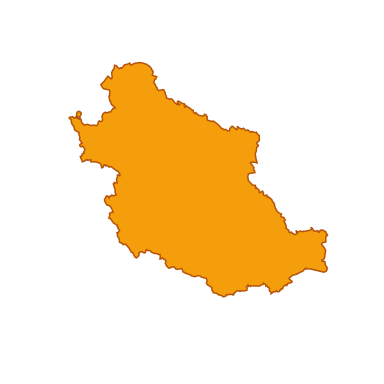 the district of Tsaratanana, Betsiboka, Madagascar, rotated 140°
{"feature_id": "10022922B96360954496738", "entity_name": "Tsaratanana", "entity_type": "district", "adm_level": 2, "iso_a3": "MDG", "parent_name": "Madagascar", "parent_adm1": "Betsiboka", "projection": "robinson", "projection_center": [47.615, -17.138], "detail": "fine", "context": "isolated", "style": "filled", "palette": "amber", "viewbox_px": 384, "rotation_deg": 140, "n_neighbors": 0, "source": "geoboundaries", "source_scale": "gbopen_adm2", "svg_char_len": 6050}
<svg xmlns="http://www.w3.org/2000/svg" viewBox="0 0 384 384"><g transform="rotate(140 192 192)"><path d="M166.7,333.0L168.1,333.0L168.7,334.2L168.8,337.3L169.8,338.9L172.8,336.3L174.0,336.4L176.7,335.2L179.8,330.7L181.3,330.7L181.9,334.8L188.0,333.3L192.9,332.8L193.4,329.8L193.3,327.8L189.7,323.2L190.6,321.4L192.2,320.1L193.0,318.7L194.0,318.8L196.4,314.7L196.7,312.0L197.3,311.4L197.4,310.4L196.6,306.9L196.9,305.8L198.8,306.9L203.0,305.6L204.2,306.7L206.5,307.3L207.1,308.9L209.6,309.2L212.0,308.1L214.5,304.4L215.4,304.0L216.6,304.6L217.3,306.1L218.7,305.9L219.9,304.9L222.3,304.0L224.3,306.5L226.5,307.6L228.6,311.1L231.5,312.6L231.8,316.3L230.3,319.2L230.9,319.8L229.6,321.6L226.4,323.2L226.0,324.4L226.6,326.4L228.3,327.0L229.4,326.6L231.5,324.6L231.7,323.7L230.2,321.9L231.3,320.0L233.0,323.4L233.0,324.2L234.5,324.2L235.2,326.6L236.1,326.7L236.6,327.4L237.7,327.9L238.6,327.6L238.2,324.7L239.5,323.1L240.2,321.5L240.5,318.0L241.9,315.3L241.8,314.0L240.3,310.3L241.6,309.0L242.5,306.3L244.5,304.4L244.7,300.2L247.0,300.4L248.0,300.0L248.3,299.2L247.8,297.8L246.2,297.5L246.6,293.5L249.2,292.1L249.7,291.1L251.2,291.8L253.5,290.4L254.7,291.0L255.6,289.2L255.9,286.6L256.6,285.6L254.3,284.7L252.0,284.5L251.4,284.1L251.5,283.3L249.5,282.3L249.0,281.6L250.0,280.9L249.9,279.8L248.3,278.8L246.1,276.5L244.3,273.8L244.0,271.7L245.6,268.5L244.3,268.1L242.5,269.2L241.6,269.2L241.2,268.5L241.4,267.4L240.1,267.0L239.4,264.2L237.7,263.6L236.2,257.1L235.3,254.9L235.9,251.6L236.8,250.9L237.6,252.7L238.3,252.9L240.1,250.8L241.6,250.4L243.4,247.2L244.4,248.1L245.3,248.1L245.4,249.1L246.0,248.5L247.1,248.8L249.6,242.7L250.9,241.6L251.8,238.6L253.4,238.8L253.9,239.7L255.0,240.0L255.5,241.3L257.0,241.1L258.2,241.8L259.4,240.8L259.3,243.2L260.2,244.0L264.1,242.3L264.8,240.9L265.6,236.8L264.4,235.2L263.8,233.1L264.8,228.7L265.6,227.3L266.7,228.3L269.1,228.6L269.7,227.2L272.5,225.4L271.7,224.1L272.0,218.2L270.5,214.3L271.6,213.5L271.4,212.0L272.1,211.5L272.2,209.0L274.3,208.5L275.8,209.0L276.1,207.5L277.5,206.4L277.9,202.8L279.8,200.2L278.2,196.5L278.6,196.0L276.4,194.6L276.3,189.5L277.2,184.8L276.3,183.7L277.5,179.0L277.1,177.3L275.0,177.1L273.0,177.8L271.8,179.4L270.2,179.5L268.7,178.3L268.0,176.4L267.1,175.5L264.0,177.1L263.5,175.6L261.8,174.2L261.9,172.2L260.2,168.9L258.8,167.7L257.9,165.8L256.7,164.7L258.3,162.2L259.7,161.5L258.7,160.5L256.8,160.3L256.8,158.7L256.1,157.3L256.5,155.5L258.0,154.9L258.4,154.1L258.9,152.0L258.9,148.8L257.3,147.7L255.7,147.8L254.7,146.5L254.1,146.4L253.7,145.2L254.0,143.6L253.2,142.3L249.0,140.0L250.3,136.3L249.5,135.5L249.4,134.3L246.6,129.8L246.3,128.0L244.1,125.1L241.6,124.4L240.1,122.9L239.2,120.2L236.5,116.7L237.6,114.2L239.5,113.1L239.7,112.5L239.7,110.3L238.6,107.9L238.4,105.9L239.9,103.8L239.8,102.1L240.4,101.2L238.2,98.5L237.7,96.0L236.0,94.2L235.6,91.7L233.2,90.5L231.3,91.2L230.6,90.0L229.3,89.8L228.2,88.5L226.7,87.8L226.8,86.7L226.3,86.4L225.3,87.2L220.8,87.5L219.1,85.0L217.8,84.6L215.6,82.7L213.2,81.4L211.7,82.8L211.2,84.4L209.0,84.7L209.6,83.4L207.8,83.1L207.8,82.0L206.9,82.0L200.9,76.6L198.4,76.3L197.2,75.6L195.8,76.1L195.8,75.2L195.2,74.6L195.2,73.6L195.9,72.6L195.0,72.4L195.2,70.6L194.7,69.9L194.6,68.3L195.7,67.5L196.3,65.9L195.9,64.1L196.8,63.2L193.6,63.1L192.4,62.0L191.0,62.3L190.5,60.4L188.9,59.6L186.7,60.6L186.3,59.8L185.4,60.2L184.7,59.7L183.2,60.7L181.3,60.9L179.7,60.4L179.6,59.4L177.5,60.3L173.7,58.6L173.0,58.9L172.8,59.8L173.5,63.1L172.7,63.6L168.4,63.5L164.4,61.6L160.6,61.0L158.1,60.1L154.4,60.7L154.6,60.2L153.7,59.2L152.8,59.4L152.0,58.0L150.8,57.0L142.5,45.8L140.3,45.1L138.5,45.7L137.2,46.9L136.5,50.9L135.1,52.8L135.1,53.9L136.9,55.1L136.7,55.9L136.1,56.3L134.3,55.9L132.8,56.4L127.1,61.4L126.4,65.2L126.5,68.3L125.6,69.1L123.9,69.0L121.6,67.7L118.2,71.9L116.1,71.6L115.6,72.6L116.0,73.7L115.1,75.4L116.3,78.9L117.4,79.2L118.1,80.3L120.4,79.4L120.9,80.1L120.4,80.6L120.5,81.4L123.1,82.9L123.7,84.2L123.2,86.8L123.6,88.0L124.0,88.0L124.3,86.8L125.4,86.4L131.7,89.9L132.2,90.7L133.3,90.9L134.3,92.6L136.8,93.2L137.1,95.8L138.3,92.7L140.6,93.2L141.6,95.9L141.6,97.4L142.1,97.8L142.9,97.6L143.4,98.2L143.4,99.1L142.4,100.6L143.4,103.7L142.3,104.5L140.7,108.0L140.6,110.0L139.9,110.5L138.5,110.5L138.4,112.5L138.0,113.4L139.7,115.8L138.8,117.0L137.6,117.5L139.1,120.8L139.0,123.6L138.4,126.4L136.3,130.8L136.4,133.2L135.8,134.8L136.2,137.6L136.8,138.4L136.5,139.0L137.6,139.6L136.6,141.5L138.6,142.4L139.2,144.3L137.8,145.3L137.4,147.3L139.8,147.6L140.7,148.4L139.9,149.1L139.4,151.0L140.0,153.0L139.7,153.9L140.8,154.2L139.2,156.4L141.1,158.1L141.5,163.6L141.1,165.4L140.0,166.7L139.8,167.6L137.4,169.5L135.5,169.0L131.4,166.4L130.5,167.7L130.5,169.7L128.9,170.8L128.5,174.8L128.9,175.7L128.4,176.9L127.8,176.9L125.0,174.6L123.4,172.4L121.5,176.6L118.6,181.1L117.0,181.6L113.5,184.8L112.2,184.5L111.5,184.9L111.1,185.7L111.4,187.3L110.9,187.9L107.4,188.2L106.0,189.6L104.2,192.0L104.7,194.3L104.2,196.4L105.3,196.8L107.3,199.9L108.6,199.9L109.3,203.7L111.4,204.5L111.5,207.7L113.6,208.5L114.6,210.5L115.0,212.7L115.5,212.8L116.7,211.2L117.9,211.3L118.8,216.5L119.6,216.8L122.3,216.2L123.6,215.0L124.4,214.9L125.1,215.5L126.0,218.4L127.5,219.3L127.8,221.0L128.6,221.8L128.4,223.5L129.0,229.0L130.3,233.0L131.5,233.2L134.0,237.2L133.4,238.5L132.1,239.5L131.7,242.3L132.5,243.5L133.5,242.8L135.6,243.8L137.3,246.2L138.1,248.9L137.9,250.2L139.4,250.2L139.5,252.4L138.5,253.8L139.5,255.3L139.7,258.0L140.5,259.0L140.8,261.4L142.4,261.3L142.9,261.7L142.5,263.2L141.3,263.1L141.1,264.2L142.4,265.9L143.8,270.2L145.0,270.7L145.7,269.8L145.4,267.1L146.8,268.0L147.8,271.3L147.5,275.6L148.7,277.4L150.0,278.2L151.1,280.5L150.0,282.0L149.8,283.6L148.8,285.2L148.0,288.3L148.4,289.1L152.3,291.1L152.5,293.2L151.7,294.2L151.9,296.1L151.0,297.8L151.0,299.8L150.5,300.7L148.2,302.3L147.3,301.8L144.9,302.9L147.4,307.0L144.6,308.9L144.2,309.9L144.4,310.9L144.0,311.6L143.6,315.2L144.8,319.2L147.4,323.2L149.1,324.9L153.6,327.6L157.1,328.3L156.9,330.9L158.4,331.0L162.0,332.8L165.7,332.0L166.5,332.4L166.7,333.0Z" fill="#f59e0b" stroke="#b45309" stroke-width="1.5"/></g></svg>